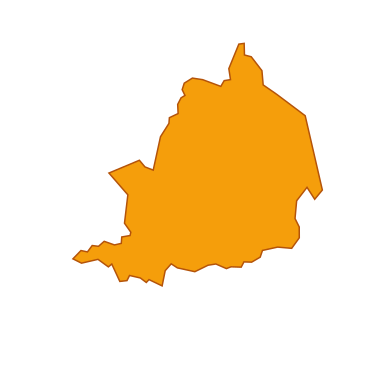 outline of Breathitt, Kentucky, United States of America, rotated 148°
{"feature_id": "52423323B29918739133178", "entity_name": "Breathitt", "entity_type": "district", "adm_level": 2, "iso_a3": "USA", "parent_name": "United States of America", "parent_adm1": "Kentucky", "projection": "orthographic", "projection_center": [-83.252, 37.515], "detail": "fine", "context": "isolated", "style": "filled", "palette": "amber", "viewbox_px": 384, "rotation_deg": 148, "n_neighbors": 0, "source": "geoboundaries", "source_scale": "gbopen_adm2", "svg_char_len": 1043}
<svg xmlns="http://www.w3.org/2000/svg" viewBox="0 0 384 384"><g transform="rotate(148 192 192)"><path d="M328.4,198.4L323.4,190.2L307.4,184.7L302.6,172.8L298.2,173.4L300.6,154.4L294.1,151.3L289.2,154.3L281.4,146.5L278.7,139.5L274.9,140.5L267.1,128.2L256.4,139.5L247.7,142.1L244.6,135.4L231.8,122.9L217.2,121.4L209.9,118.3L203.4,108.8L198.6,107.9L190.1,102.2L185.0,105.2L178.6,100.9L168.7,100.6L163.2,105.1L148.6,99.9L137.3,91.4L125.3,96.3L119.6,105.5L118.7,114.9L107.9,129.1L92.0,135.0L91.8,120.8L80.4,124.6L55.6,196.7L68.3,229.7L74.9,245.1L68.4,257.8L70.1,275.3L74.9,280.4L69.0,290.4L73.9,292.6L95.4,277.1L99.8,266.9L105.7,269.4L111.6,266.3L123.4,281.6L131.3,288.4L140.9,288.4L146.1,284.0L146.8,277.6L151.3,277.7L157.7,273.9L162.2,265.9L171.8,267.0L175.2,262.4L189.4,255.6L213.3,231.1L218.6,238.2L219.8,246.8L252.4,252.1L247.9,223.6L265.8,201.3L265.2,190.3L267.6,187.9L275.4,191.1L279.2,185.9L285.8,188.2L292.6,196.7L300.1,195.5L305.0,199.5L312.4,196.6L317.2,201.2L328.4,198.4Z" fill="#f59e0b" stroke="#b45309" stroke-width="1.5"/></g></svg>